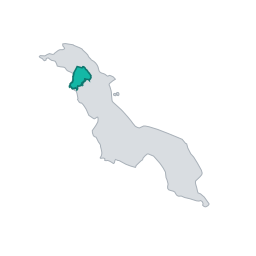 location of Rumphi, Rumphi, Malawi, rotated 326°
{"feature_id": "42251766B19667920055188", "entity_name": "Rumphi", "entity_type": "district", "adm_level": 2, "iso_a3": "MWI", "parent_name": "Malawi", "parent_adm1": "Rumphi", "projection": "robinson", "projection_center": [33.745, -10.79], "detail": "fine", "context": "in_parent", "style": "filled", "palette": "teal", "viewbox_px": 256, "rotation_deg": 326, "n_neighbors": 0, "source": "geoboundaries", "source_scale": "gbopen_adm2", "svg_char_len": 6246}
<svg xmlns="http://www.w3.org/2000/svg" viewBox="0 0 256 256"><g transform="rotate(326 128 128)"><path d="M101.4,149.2L100.1,147.1L99.0,147.6L97.4,149.1L96.6,149.4L96.2,149.4L95.9,149.0L95.6,148.1L94.4,145.5L93.1,143.6L91.7,142.9L90.6,142.0L91.1,141.2L91.6,140.6L91.4,140.0L90.8,139.1L88.3,137.8L88.2,137.2L90.4,136.1L91.8,134.8L92.7,133.5L93.9,130.7L94.9,127.8L95.6,126.9L95.8,125.1L95.7,123.0L96.1,120.3L96.4,117.8L95.6,116.8L95.0,115.1L95.8,112.2L96.9,110.2L102.4,108.1L106.2,106.2L107.0,105.4L108.3,103.8L109.0,102.2L108.5,101.7L105.5,101.7L104.8,101.1L102.6,95.6L103.8,89.2L103.9,86.8L103.9,83.7L103.5,81.4L102.5,80.5L102.0,79.3L102.1,76.0L103.0,75.6L104.9,71.2L105.7,68.6L104.7,66.6L103.6,63.7L103.1,61.8L102.8,61.2L103.6,60.0L104.9,58.9L106.3,58.6L107.8,58.1L112.7,52.7L112.7,51.6L111.8,49.8L110.0,47.0L109.6,45.9L109.4,42.6L108.7,41.6L106.1,39.4L104.0,37.1L104.7,34.7L105.0,32.1L104.0,30.7L102.5,29.2L101.6,27.1L101.2,25.5L100.0,24.8L98.9,24.8L98.1,25.8L97.2,25.7L96.2,25.4L95.9,24.0L95.8,22.5L95.1,21.5L94.4,20.0L94.3,19.3L94.8,19.1L95.7,18.9L99.5,21.8L101.9,21.9L104.5,22.4L106.7,24.9L107.9,25.3L109.4,24.9L113.6,24.7L115.3,25.0L117.5,26.5L118.4,26.7L119.7,26.8L120.0,26.4L120.1,25.5L119.9,23.7L120.2,22.8L121.0,21.8L123.3,23.0L129.1,28.4L129.2,29.1L132.9,34.6L134.1,36.9L134.1,38.1L135.2,42.8L135.5,45.0L135.2,46.7L135.3,48.1L135.7,50.0L135.6,50.8L136.9,53.6L137.5,56.0L137.6,58.3L137.3,60.6L136.1,63.9L135.9,65.3L136.2,66.5L136.9,67.8L138.1,69.2L139.1,70.9L139.7,72.9L140.3,73.8L140.9,73.8L142.2,74.1L143.1,75.3L144.3,77.3L144.7,79.5L144.8,80.5L141.6,80.4L137.4,80.8L136.4,81.7L136.1,83.7L134.8,87.7L134.1,89.2L132.5,91.9L130.4,95.8L129.9,97.0L130.0,98.3L131.3,103.6L132.6,109.0L133.0,111.2L134.0,118.5L134.5,123.6L134.6,126.7L135.0,130.7L136.2,132.9L137.4,134.3L142.1,135.1L143.5,136.1L146.1,138.7L151.9,145.9L155.0,150.4L157.8,154.4L162.8,161.9L166.6,167.7L167.1,173.1L167.8,173.9L166.4,178.0L165.6,184.5L166.2,188.8L165.9,196.2L165.2,204.0L164.3,206.8L163.1,207.9L160.4,208.7L154.5,209.7L153.6,210.6L152.8,212.1L151.6,215.8L150.2,219.4L149.8,221.0L150.0,221.3L151.3,223.2L152.6,227.9L152.8,236.1L152.3,236.7L150.6,237.1L148.7,236.9L147.9,236.5L147.2,235.6L146.7,233.8L148.0,232.6L148.4,230.5L147.6,228.7L146.0,228.3L144.0,226.6L139.7,221.2L136.1,217.3L134.1,214.2L131.9,212.9L131.3,212.1L130.8,210.8L130.8,208.9L131.0,207.4L130.3,205.8L128.2,203.4L127.2,202.0L127.1,200.4L128.0,198.8L129.9,196.9L131.3,193.0L131.8,190.4L134.4,185.4L134.8,180.9L134.8,177.4L134.7,174.8L134.0,169.4L133.5,165.6L130.3,160.8L129.3,160.3L126.2,160.7L123.6,161.4L122.3,162.5L120.3,162.5L115.2,163.4L113.6,163.7L112.6,164.6L112.1,164.8L108.9,161.0L106.0,156.9L102.4,150.0L101.4,149.2ZM138.9,95.5L138.0,95.7L137.5,95.2L137.6,93.7L137.9,92.6L138.8,92.5L139.4,92.8L139.8,93.3L139.8,94.1L139.5,94.9L138.9,95.5ZM137.0,92.8L136.5,94.3L135.5,94.2L134.5,92.9L134.8,91.9L135.7,91.6L136.5,92.0L137.0,92.8Z" fill="#d9dde1" stroke="#a8b0b8" stroke-width="1"/><path d="M113.9,52.0L113.7,52.5L113.3,52.7L113.3,53.0L113.2,53.1L112.9,53.3L112.7,53.4L112.6,53.5L112.5,53.4L112.4,53.5L112.2,53.8L112.2,54.0L111.7,54.5L111.4,54.4L111.1,54.5L110.9,55.0L110.7,55.4L110.2,56.1L110.1,56.3L110.0,56.5L109.7,56.7L109.6,56.8L109.5,57.0L109.5,57.3L109.5,57.5L109.4,57.5L109.2,57.7L109.1,57.8L108.9,57.8L108.6,58.2L108.1,58.3L108.0,58.5L107.9,58.6L107.9,58.9L107.8,59.0L107.5,59.1L107.2,59.1L107.0,58.9L106.8,59.0L106.7,58.9L106.4,58.9L106.3,58.7L106.1,58.7L105.9,58.8L105.5,59.2L105.2,59.3L104.9,59.2L104.7,59.1L104.4,59.5L104.3,59.8L104.2,59.9L104.2,60.2L104.1,60.4L103.8,60.5L103.7,60.5L103.4,60.7L103.4,60.4L103.1,60.3L102.9,60.4L102.4,61.1L102.5,61.3L102.5,61.5L102.8,61.4L103.0,61.5L103.2,61.3L103.3,61.5L103.6,61.9L103.7,62.1L103.7,62.3L103.8,62.3L104.0,62.5L104.0,63.2L103.9,63.5L103.9,63.8L103.8,63.7L103.7,63.7L103.7,63.8L103.7,64.1L104.0,64.2L104.0,64.3L104.0,64.5L104.4,64.5L104.5,64.5L104.8,64.8L105.0,64.9L105.5,64.8L105.8,65.2L105.9,65.4L105.9,65.5L106.0,65.5L106.5,65.2L106.8,65.2L106.9,65.3L107.2,65.4L107.2,65.6L107.1,65.8L107.1,66.0L107.1,66.3L107.2,66.5L107.3,66.7L107.2,66.8L107.2,67.2L107.1,67.3L107.0,67.7L106.9,67.9L107.1,67.9L107.5,67.8L107.7,67.6L108.2,67.3L108.3,67.2L108.7,66.4L109.2,65.8L109.2,65.7L109.3,65.4L109.5,65.2L109.9,65.0L110.0,65.0L110.1,65.3L110.3,65.5L110.4,65.4L111.5,66.3L111.8,66.2L112.0,66.3L112.5,66.0L112.9,66.0L113.0,66.1L113.3,66.2L113.3,66.5L113.5,66.7L113.6,67.1L113.8,67.0L113.9,66.9L114.2,66.9L114.3,66.8L114.5,66.9L114.5,66.7L114.7,66.4L114.7,66.2L114.8,66.1L114.7,66.0L114.7,65.9L114.6,65.7L114.4,65.6L114.5,65.4L114.4,65.4L114.5,65.3L114.8,65.3L114.9,65.2L114.9,64.9L115.3,65.0L115.5,65.0L115.6,64.9L115.8,64.8L116.0,64.9L116.1,64.7L116.4,64.8L116.5,64.8L116.8,64.9L116.8,65.0L116.9,64.9L116.9,65.0L117.0,64.9L117.1,65.0L117.4,65.0L117.7,64.9L117.7,65.1L117.9,65.2L118.1,65.1L118.4,65.1L118.6,65.1L118.8,65.1L119.0,65.0L119.3,64.9L119.2,64.7L119.3,64.6L119.2,64.4L119.3,64.3L119.3,64.2L119.5,64.1L119.4,64.1L119.5,63.9L119.4,63.9L119.5,63.9L119.5,63.7L119.4,63.6L119.6,63.5L119.6,63.3L119.7,63.1L119.9,63.3L120.0,63.4L120.2,63.5L120.4,63.9L120.5,64.0L120.8,64.4L120.9,64.5L121.0,64.5L121.5,64.9L121.6,65.0L121.8,65.2L121.9,65.3L122.0,65.5L122.3,65.7L122.4,65.8L122.4,66.3L122.5,66.9L122.6,66.7L122.8,66.6L123.0,66.4L123.3,66.3L123.4,66.2L123.5,66.2L123.6,66.3L123.9,66.2L123.9,66.3L124.2,66.3L124.4,66.2L124.5,65.9L124.8,65.8L125.1,65.7L125.3,65.7L125.5,65.6L125.6,65.4L125.7,65.0L125.9,64.5L125.9,64.3L126.0,64.1L126.3,64.1L126.5,64.1L126.6,63.7L126.5,63.4L126.5,63.2L126.6,62.9L126.5,62.6L126.6,62.3L126.6,62.2L126.5,61.8L126.5,61.7L126.5,61.4L126.6,61.1L126.4,60.9L126.5,60.8L126.4,60.7L126.4,60.3L126.4,60.1L126.4,59.8L126.3,59.7L126.3,59.4L126.2,59.2L126.2,58.9L126.3,58.8L126.3,58.6L126.4,58.4L126.3,58.1L126.2,57.9L126.2,57.7L126.3,57.7L126.3,57.2L126.3,56.9L126.3,56.7L126.0,56.3L125.8,56.2L125.7,55.8L125.7,55.7L125.9,55.4L125.9,55.1L125.8,54.9L125.9,54.7L125.9,54.4L125.9,54.2L126.0,54.0L125.9,53.6L125.8,53.3L125.7,53.3L125.6,53.2L125.4,52.8L125.4,52.6L125.5,52.4L125.3,52.2L125.2,52.1L124.9,52.0L124.8,51.9L124.6,52.0L124.0,52.4L123.9,52.3L123.6,52.3L123.5,52.2L123.4,52.2L123.1,52.0L123.0,51.9L122.9,51.6L122.6,51.3L120.2,48.6L118.1,49.8L113.9,52.0Z" fill="#14b8a6" stroke="#0f766e" stroke-width="1.5"/></g></svg>